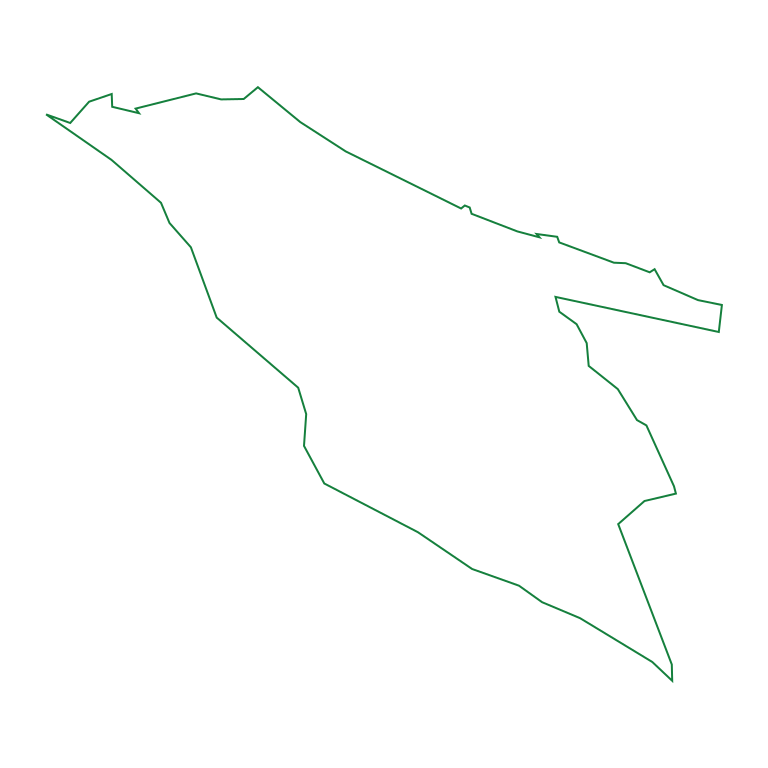 outline of Blackrock Lea-6, Dún Laoghaire–Rathdown, Ireland
{"feature_id": "5873133B82062231942837", "entity_name": "Blackrock Lea-6", "entity_type": "district", "adm_level": 2, "iso_a3": "IRL", "parent_name": "Ireland", "parent_adm1": "Dún Laoghaire–Rathdown", "projection": "equal_earth", "projection_center": [-6.181, 53.289], "detail": "fine", "context": "isolated", "style": "outline", "palette": "green", "viewbox_px": 768, "rotation_deg": 0, "n_neighbors": 0, "source": "geoboundaries", "source_scale": "gbopen_adm2", "svg_char_len": 839}
<svg xmlns="http://www.w3.org/2000/svg" viewBox="0 0 768 768"><path d="M672.2,680.8L671.8,664.5L618.2,524.1L644.5,501.0L675.9,493.6L674.0,486.3L646.4,425.4L637.0,420.1L617.8,389.1L588.7,365.9L586.7,343.1L576.6,324.2L559.3,311.7L555.5,296.9L718.8,332.0L721.9,305.0L698.0,300.1L663.6,285.2L654.6,269.2L649.7,272.3L625.7,263.2L613.9,262.7L559.2,242.4L557.2,236.8L536.6,234.0L539.4,237.3L517.3,231.4L471.6,213.8L469.7,207.5L464.8,205.5L461.1,208.5L345.7,151.4L300.3,122.1L257.9,87.2L243.7,99.0L221.1,99.4L196.1,93.4L135.6,108.6L139.0,113.2L112.2,106.8L111.7,94.0L89.1,101.7L70.2,123.0L46.1,114.4L111.5,159.9L161.0,202.8L169.5,223.0L190.9,247.3L216.7,317.6L298.2,387.7L306.2,414.1L304.0,445.9L324.3,483.5L417.9,532.2L472.1,569.0L519.0,585.7L542.1,602.2L580.1,618.2L652.3,662.0L672.2,680.8Z" fill="none" stroke="#15803d" stroke-width="2"/></svg>